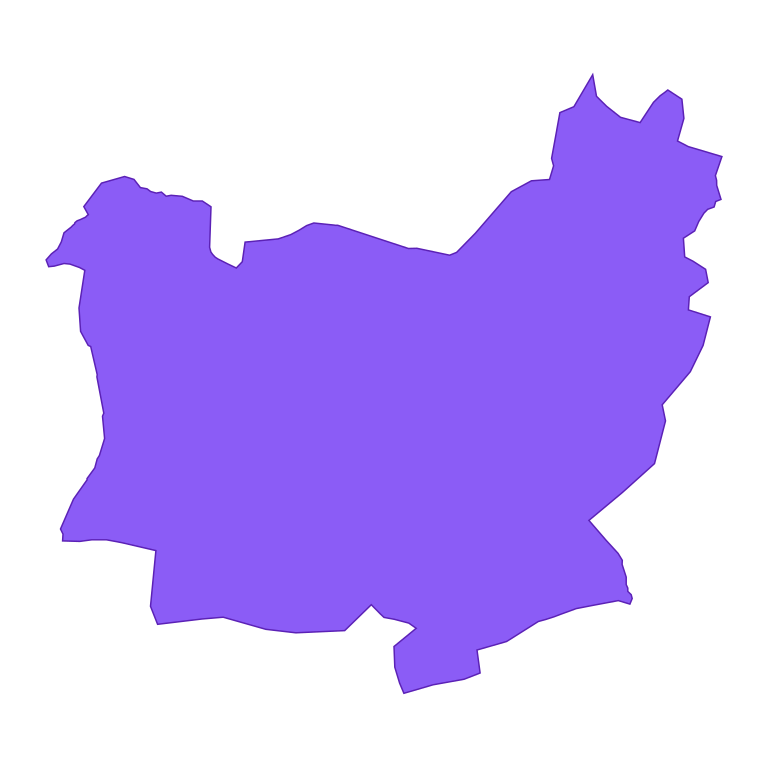 outline of Potiskum, Yobe, Nigeria
{"feature_id": "59680162B46130456424051", "entity_name": "Potiskum", "entity_type": "district", "adm_level": 2, "iso_a3": "NGA", "parent_name": "Nigeria", "parent_adm1": "Yobe", "projection": "orthographic", "projection_center": [11.137, 11.687], "detail": "fine", "context": "isolated", "style": "filled", "palette": "violet", "viewbox_px": 768, "rotation_deg": 0, "n_neighbors": 0, "source": "geoboundaries", "source_scale": "gbopen_adm2", "svg_char_len": 2161}
<svg xmlns="http://www.w3.org/2000/svg" viewBox="0 0 768 768"><path d="M592.7,74.7L573.9,106.7L559.9,112.6L556.7,130.3L556.7,130.5L551.6,158.4L553.6,165.8L549.5,179.5L531.4,180.8L511.3,191.7L475.3,233.3L456.6,252.4L449.6,255.2L416.9,248.3L408.4,248.5L337.8,225.3L335.0,225.3L334.3,225.1L313.8,223.0L306.6,225.6L299.1,230.2L290.8,234.6L278.2,238.9L245.1,242.1L242.3,261.7L236.3,268.0L227.7,263.9L217.8,258.9L215.2,257.2L212.6,254.4L210.9,252.0L209.6,247.3L211.0,206.8L202.3,201.0L193.3,201.0L182.3,196.3L171.1,195.3L166.2,196.2L161.4,192.1L156.3,193.1L150.6,191.5L147.0,188.8L140.4,187.6L134.0,179.4L124.6,176.5L101.5,183.1L83.8,206.6L88.3,214.7L87.3,215.4L85.5,217.2L79.8,219.8L77.1,220.8L75.2,222.4L74.9,222.7L74.7,223.5L74.6,223.9L72.7,225.5L71.3,227.0L64.0,232.8L61.3,241.9L57.6,249.0L51.4,253.9L46.1,259.9L48.7,266.7L54.3,266.1L64.0,263.5L70.0,264.1L79.5,267.5L84.8,270.3L79.0,308.0L80.6,331.4L88.2,345.4L90.7,346.5L97.2,374.6L96.9,376.9L103.8,413.2L102.5,416.2L104.6,438.5L99.4,455.5L97.2,458.9L94.8,467.9L87.0,478.6L87.1,479.8L73.5,499.1L60.5,529.0L63.0,534.1L62.6,540.9L79.8,541.4L91.7,539.8L106.5,539.8L116.8,541.7L121.9,542.7L155.9,550.6L150.5,606.3L157.6,624.3L201.9,619.0L223.2,617.2L265.8,629.3L295.8,632.8L344.7,630.6L371.3,604.7L380.2,613.8L384.0,617.4L394.4,619.3L408.8,623.1L416.2,628.3L394.0,646.5L394.8,667.2L399.6,683.1L403.9,693.3L433.0,684.8L464.2,679.2L480.1,673.0L477.0,650.0L506.6,641.5L531.2,626.0L538.3,621.5L545.6,619.5L554.0,616.8L560.6,614.3L576.2,608.6L593.7,605.2L618.3,600.6L629.9,604.1L632.2,598.5L631.2,594.7L627.8,591.4L627.8,588.1L626.2,584.6L626.2,577.1L622.1,564.4L622.3,560.3L618.1,553.4L606.2,540.4L588.9,520.4L622.6,492.3L654.5,463.6L665.5,420.9L662.2,404.8L690.3,371.7L703.1,345.4L710.4,316.9L688.4,309.9L689.3,296.7L708.2,282.6L705.6,269.3L693.0,261.2L684.7,256.9L683.4,238.2L694.7,230.9L698.7,221.6L703.9,213.2L707.7,209.3L714.1,207.0L715.7,201.5L721.0,199.4L716.7,185.4L716.6,180.3L715.4,175.6L721.9,156.6L688.3,146.6L677.5,141.0L683.9,118.4L681.9,99.2L667.8,90.0L664.2,92.8L660.2,95.7L653.5,102.3L640.1,122.6L620.5,117.3L606.6,106.3L596.5,96.3L592.7,74.7Z" fill="#8b5cf6" stroke="#5b21b6" stroke-width="1.5"/></svg>